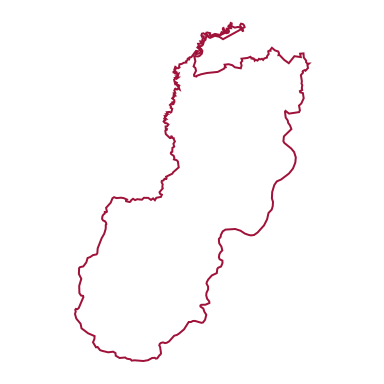 San José De Uré, Córdoba, Colombia
{"feature_id": "7082276B89146120642235", "entity_name": "San José De Uré", "entity_type": "district", "adm_level": 2, "iso_a3": "COL", "parent_name": "Colombia", "parent_adm1": "Córdoba", "projection": "mercator", "projection_center": [-75.56, 7.766], "detail": "fine", "context": "isolated", "style": "outline", "palette": "rose", "viewbox_px": 384, "rotation_deg": 0, "n_neighbors": 0, "source": "geoboundaries", "source_scale": "gbopen_adm2", "svg_char_len": 5860}
<svg xmlns="http://www.w3.org/2000/svg" viewBox="0 0 384 384"><path d="M267.1,219.3L268.5,213.0L271.7,209.6L272.7,206.4L273.0,201.9L271.9,198.4L272.2,192.0L274.3,185.0L276.8,181.4L281.1,179.5L289.0,173.5L293.0,168.5L295.3,162.6L295.8,157.4L294.1,152.0L291.2,148.5L284.4,143.0L283.4,141.3L283.9,136.4L291.4,129.1L290.0,125.4L288.2,122.9L287.7,120.4L285.7,117.6L285.0,111.7L285.5,110.9L289.1,113.6L299.1,112.1L299.9,110.3L299.0,105.6L301.3,103.5L303.7,98.3L302.9,93.1L300.2,92.3L299.9,91.1L302.2,90.0L301.8,87.9L302.3,85.1L301.5,83.6L301.9,81.3L300.9,75.1L303.0,72.7L302.6,71.5L303.0,70.9L304.8,70.1L305.5,70.7L308.0,68.0L307.4,65.1L309.0,63.6L307.3,63.7L306.1,62.2L306.1,60.6L303.8,57.6L303.5,53.4L300.1,53.7L300.8,57.1L294.4,56.2L288.8,63.2L284.2,59.9L279.5,55.0L278.5,55.1L279.0,53.2L278.2,51.5L275.0,50.4L271.9,47.8L270.5,49.6L270.5,50.8L269.2,50.7L268.2,51.3L268.7,54.0L267.0,56.3L266.9,57.6L264.3,58.4L263.1,59.9L262.0,58.8L260.2,59.4L259.0,58.8L257.5,60.6L255.6,59.8L254.7,60.6L254.3,59.2L252.1,58.6L252.6,58.2L251.5,57.9L250.4,56.8L247.7,57.9L241.5,58.7L242.3,60.9L240.8,62.7L241.6,65.4L240.8,68.3L234.9,67.3L232.3,65.2L228.6,64.2L224.6,64.7L225.6,67.1L224.7,67.1L224.4,68.4L223.6,68.9L217.8,71.9L206.9,73.0L201.0,74.3L196.8,75.8L196.4,76.5L194.3,76.1L194.0,74.7L196.0,70.9L195.4,68.0L193.6,66.4L195.4,61.2L194.2,56.3L198.2,56.4L199.7,55.8L201.8,53.7L202.4,51.0L201.2,48.9L199.6,47.9L200.4,46.1L201.7,45.9L203.0,44.6L204.0,41.1L205.5,39.8L206.2,36.3L207.5,35.2L208.3,37.0L210.1,37.9L214.9,35.8L219.3,36.8L223.0,39.2L240.7,29.5L241.6,29.4L242.6,31.0L243.1,30.8L242.5,28.4L244.6,27.2L244.1,25.4L242.7,24.0L241.0,23.7L240.2,25.1L240.4,26.3L241.5,27.5L240.9,28.1L238.2,26.9L234.9,27.6L232.4,26.6L231.5,26.1L231.7,23.4L230.7,23.0L230.2,24.9L228.7,25.6L228.4,26.4L230.4,26.6L231.0,28.2L229.1,28.1L228.3,28.7L229.0,31.6L228.3,32.7L226.3,33.2L225.6,32.6L227.5,30.3L227.4,28.8L226.7,28.7L226.2,30.4L225.0,31.1L224.4,30.7L223.5,28.0L222.9,28.3L222.8,29.2L224.4,33.2L222.6,34.0L222.3,32.5L221.6,32.2L220.9,33.7L221.3,34.6L220.7,35.1L215.0,33.9L210.4,35.8L209.7,35.0L210.1,33.2L207.2,32.5L206.4,32.7L205.8,34.6L203.4,33.3L201.9,33.7L201.4,35.4L202.0,36.7L202.9,36.2L204.6,36.5L203.3,36.7L204.2,38.7L203.0,38.6L202.4,39.2L202.4,41.4L200.5,41.4L201.9,43.5L198.1,43.8L198.8,45.7L197.4,47.5L201.0,50.7L200.5,52.3L198.6,53.6L195.8,54.2L196.1,52.7L198.0,51.2L196.0,50.9L191.3,57.2L189.7,57.3L189.3,58.9L188.6,58.2L187.7,58.7L187.5,60.3L186.0,61.3L186.3,62.5L183.6,62.8L181.8,63.9L179.5,64.3L179.1,66.5L179.5,67.4L178.4,68.2L176.8,68.1L176.0,68.6L175.7,67.0L175.3,66.8L174.3,69.8L175.4,71.1L173.5,71.8L173.5,72.3L176.3,72.6L175.4,73.5L177.5,74.2L178.6,73.7L177.9,75.8L176.2,76.2L177.2,77.3L178.4,77.4L176.7,78.7L176.3,78.0L175.4,78.0L175.9,78.6L174.8,78.8L174.1,79.7L174.9,82.9L175.4,82.0L176.9,82.8L176.1,84.5L177.4,84.8L177.2,85.6L178.2,86.5L178.8,85.3L179.3,85.6L178.7,86.9L179.5,89.4L178.0,88.4L177.0,89.5L175.9,89.2L175.1,88.0L175.2,88.9L174.3,90.5L175.3,92.9L173.9,93.2L175.4,95.7L174.6,95.9L173.8,97.0L173.5,96.3L173.4,97.1L172.2,98.3L174.3,100.2L174.4,101.8L172.9,102.2L173.8,103.1L173.4,104.1L172.6,104.3L171.4,103.5L169.9,105.0L171.0,106.4L170.7,107.8L172.2,108.7L171.4,112.0L170.6,112.6L169.2,111.9L167.0,112.2L167.4,112.8L166.7,113.5L167.5,114.0L166.5,114.2L167.2,114.7L166.6,115.6L165.0,115.9L165.5,116.5L164.9,116.8L164.9,117.7L166.1,118.9L164.5,118.9L165.2,120.4L164.2,120.6L163.6,121.5L165.2,123.1L166.8,123.3L168.4,124.5L167.1,126.3L165.6,126.5L165.8,128.7L167.0,129.1L166.7,129.9L165.7,130.1L165.3,130.9L165.8,134.1L170.0,138.1L170.7,138.0L171.2,136.4L171.7,136.4L172.6,138.0L173.8,138.3L173.7,139.2L174.9,141.4L173.4,143.8L174.2,146.6L172.4,147.9L172.3,151.8L171.0,152.4L170.8,153.1L171.3,154.2L173.6,155.7L174.4,158.0L173.9,159.4L176.7,160.2L177.9,161.5L178.7,167.4L173.3,172.1L172.3,173.7L166.1,176.7L166.6,178.2L166.2,179.0L164.5,178.8L163.5,180.4L161.8,180.9L161.6,182.3L162.7,184.3L162.3,187.0L162.8,188.3L159.5,192.2L160.1,193.8L161.9,194.7L160.9,196.9L156.3,197.8L154.9,200.2L153.1,198.4L151.0,199.9L148.2,197.9L143.9,197.8L141.9,199.7L137.2,199.2L135.1,200.1L133.0,198.8L131.3,200.1L130.3,201.7L129.5,202.0L126.1,201.2L126.0,200.5L126.9,199.5L123.6,198.1L121.0,197.7L116.5,198.1L114.1,197.2L112.5,198.2L110.7,202.7L106.1,207.8L106.9,211.7L106.4,212.2L104.8,212.0L104.7,213.6L103.4,214.6L102.4,216.3L102.1,218.9L103.1,220.5L104.9,221.2L105.9,222.5L106.4,224.1L105.8,224.8L105.7,228.8L104.2,233.8L101.7,238.1L97.7,248.3L97.3,253.3L96.5,254.4L93.0,255.1L90.3,257.0L87.6,258.0L86.3,262.4L83.3,266.4L79.9,267.2L79.1,268.2L78.9,274.0L81.3,278.8L79.2,285.9L79.4,293.1L81.0,295.5L83.1,295.9L83.4,297.1L78.7,308.1L77.3,309.2L75.9,308.9L75.3,309.7L75.7,311.7L75.0,314.0L76.3,318.6L80.6,323.8L81.5,328.3L88.1,333.3L94.6,336.1L94.4,339.0L93.0,342.3L96.0,347.3L97.6,347.0L100.0,350.1L102.3,350.9L108.2,352.3L113.2,351.7L115.5,353.1L115.7,355.7L119.6,358.0L125.1,357.5L127.0,358.7L130.5,359.3L131.7,360.6L134.6,360.3L143.3,361.0L148.0,360.2L152.1,358.0L154.8,357.8L155.8,358.6L157.3,358.3L159.4,355.3L160.5,354.5L161.0,353.2L160.1,346.9L159.3,345.4L159.7,344.0L160.8,343.0L163.0,342.4L165.0,343.1L166.9,342.7L169.1,341.4L174.2,335.7L176.8,335.0L178.9,333.7L184.0,329.4L188.7,322.0L191.0,322.0L192.8,321.0L194.9,320.9L201.4,322.8L203.0,322.5L205.1,319.7L206.3,314.8L204.3,311.6L203.3,308.5L200.5,306.6L200.4,305.5L201.4,304.8L205.5,304.7L209.4,303.0L209.2,301.3L207.1,298.7L206.2,295.3L206.5,292.8L208.1,289.4L208.1,286.6L206.5,283.5L206.9,281.9L208.3,279.4L211.9,275.4L216.8,273.1L217.3,268.9L218.2,267.7L221.1,266.5L222.5,263.0L222.4,260.6L219.7,259.3L218.9,257.5L219.3,254.5L220.4,252.4L222.3,250.4L221.4,246.6L219.2,243.3L218.9,239.9L218.9,238.9L220.6,237.0L220.9,234.9L222.7,231.4L225.5,229.6L235.2,229.0L240.5,230.7L244.9,233.6L248.6,234.9L250.9,235.4L254.0,235.0L257.5,232.6L264.0,225.4L267.1,219.3Z" fill="none" stroke="#9f1239" stroke-width="2"/></svg>